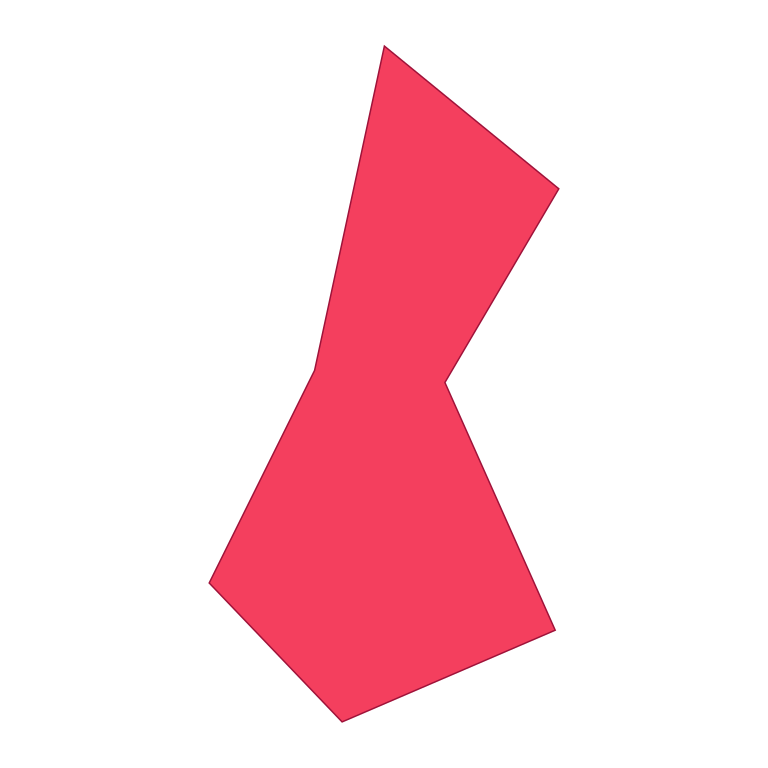 outline of Covington, Virginia, United States of America
{"feature_id": "52423323B91815007109121", "entity_name": "Covington", "entity_type": "district", "adm_level": 2, "iso_a3": "USA", "parent_name": "United States of America", "parent_adm1": "Virginia", "projection": "albers", "projection_center": [-79.988, 37.781], "detail": "fine", "context": "isolated", "style": "filled", "palette": "rose", "viewbox_px": 768, "rotation_deg": 0, "n_neighbors": 0, "source": "geoboundaries", "source_scale": "gbopen_adm2", "svg_char_len": 227}
<svg xmlns="http://www.w3.org/2000/svg" viewBox="0 0 768 768"><path d="M209.2,583.0L342.1,721.9L555.2,630.2L444.9,382.5L558.8,188.8L384.4,46.1L314.6,370.4L209.2,583.0Z" fill="#f43f5e" stroke="#9f1239" stroke-width="1.5"/></svg>